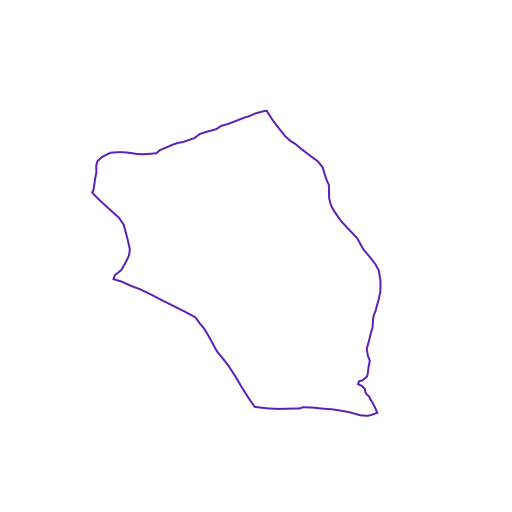 Dorbor, Grand Kru, Liberia, rotated 301°
{"feature_id": "62588387B97917112158690", "entity_name": "Dorbor", "entity_type": "district", "adm_level": 2, "iso_a3": "LBR", "parent_name": "Liberia", "parent_adm1": "Grand Kru", "projection": "equal_earth", "projection_center": [-8.281, 4.99], "detail": "fine", "context": "isolated", "style": "outline", "palette": "violet", "viewbox_px": 512, "rotation_deg": 301, "n_neighbors": 0, "source": "geoboundaries", "source_scale": "gbopen_adm2", "svg_char_len": 2019}
<svg xmlns="http://www.w3.org/2000/svg" viewBox="0 0 512 512"><g transform="rotate(301 256 256)"><path d="M162.8,145.8L163.4,148.4L164.8,153.7L166.1,164.9L167.7,173.2L168.8,184.6L169.8,200.4L170.9,214.0L171.6,222.7L172.2,235.6L169.2,242.7L167.0,249.2L163.0,256.5L161.5,259.2L154.3,271.3L149.7,283.9L147.5,289.3L142.0,300.7L135.9,311.9L130.1,323.5L126.0,332.6L126.4,333.4L128.2,337.5L131.8,345.3L136.6,354.3L142.4,363.3L147.7,371.8L150.6,374.2L155.3,382.7L159.9,392.6L163.9,400.4L166.7,407.3L169.9,415.5L173.2,427.4L176.4,433.9L178.9,436.5L183.0,439.8L184.1,440.7L188.0,435.2L190.7,430.7L192.5,427.0L193.9,425.3L194.4,421.9L195.9,419.5L198.0,418.0L199.2,413.9L198.7,409.5L201.6,408.8L204.0,411.1L207.1,412.4L210.0,413.2L212.6,412.4L213.5,412.0L218.8,409.7L224.9,407.5L228.1,403.3L233.5,398.7L241.3,396.6L241.8,396.4L249.1,394.2L254.8,392.7L261.3,389.3L263.9,388.2L265.9,387.4L270.4,386.8L276.9,384.9L280.8,383.9L289.1,381.1L295.1,377.8L299.4,375.0L306.9,368.6L310.5,362.5L313.2,355.5L313.8,353.9L317.0,344.5L323.3,333.7L325.2,326.9L327.1,320.2L329.1,313.2L329.7,311.1L332.9,303.8L335.5,298.3L338.6,293.5L343.5,288.7L349.5,285.0L354.5,281.8L357.3,277.6L361.4,272.8L366.4,267.4L369.0,260.1L369.1,259.1L369.8,251.1L371.1,239.7L372.3,232.1L372.3,226.4L372.5,225.5L373.6,219.7L377.2,210.0L381.2,199.9L385.7,191.0L386.0,190.4L383.9,187.8L378.1,182.2L371.8,177.8L369.7,175.6L358.2,166.7L355.2,164.4L350.4,159.9L349.3,158.9L344.5,156.8L340.0,152.7L338.8,151.3L331.7,145.0L326.4,142.9L325.2,142.4L323.1,140.5L315.9,134.6L313.3,131.4L308.9,127.5L302.8,123.2L297.3,119.1L292.9,117.8L289.6,113.4L284.5,105.9L281.8,100.8L280.2,96.5L278.3,92.3L277.9,91.4L275.0,85.9L272.3,82.0L269.9,78.4L266.6,76.1L261.8,73.2L258.6,72.1L256.0,71.3L251.3,72.4L245.7,76.0L238.7,78.6L232.6,81.2L228.9,82.6L226.1,82.8L225.3,85.0L223.3,93.4L222.5,97.1L220.2,108.6L218.2,118.8L214.6,126.6L208.0,133.4L206.0,135.5L202.7,138.7L196.7,144.5L190.9,146.9L183.0,147.6L174.6,147.8L166.8,144.9L162.8,145.8Z" fill="none" stroke="#5b21b6" stroke-width="2"/></g></svg>